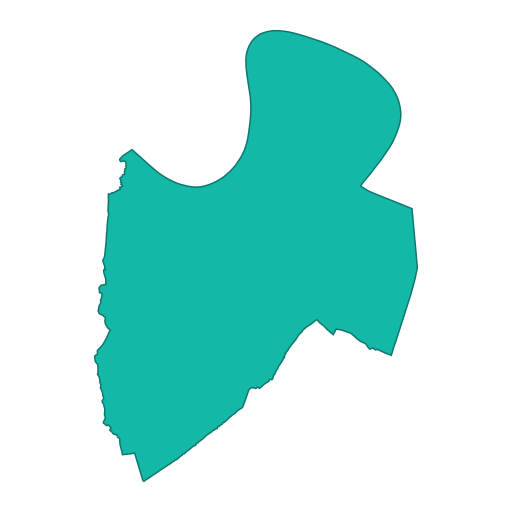 Phra Pradaeng, Samut Prakan, Thailand
{"feature_id": "78962969B48513607541542", "entity_name": "Phra Pradaeng", "entity_type": "district", "adm_level": 2, "iso_a3": "THA", "parent_name": "Thailand", "parent_adm1": "Samut Prakan", "projection": "mercator", "projection_center": [100.538, 13.653], "detail": "fine", "context": "isolated", "style": "filled", "palette": "teal", "viewbox_px": 512, "rotation_deg": 0, "n_neighbors": 0, "source": "geoboundaries", "source_scale": "gbopen_adm2", "svg_char_len": 6061}
<svg xmlns="http://www.w3.org/2000/svg" viewBox="0 0 512 512"><path d="M398.4,128.1L399.7,123.7L400.4,120.2L400.8,116.5L400.8,113.4L400.4,108.7L399.7,105.3L398.4,100.3L397.1,97.0L395.6,93.8L393.0,89.2L391.0,86.3L388.9,83.7L384.3,78.7L378.7,73.2L371.3,67.2L364.2,62.0L361.2,60.1L358.1,58.4L353.4,55.9L343.8,51.3L335.7,47.5L327.5,44.0L320.6,41.4L306.7,36.8L299.8,34.7L294.6,33.3L289.4,32.1L284.1,31.2L278.7,30.7L273.3,30.7L269.6,31.2L265.9,32.0L260.3,33.9L254.7,38.0L252.6,40.3L251.6,41.6L250.0,44.3L249.1,45.9L247.8,49.3L246.7,52.8L246.1,56.5L245.9,60.0L246.0,65.0L246.2,68.3L247.0,75.1L250.2,96.3L250.8,103.7L250.9,107.4L250.7,114.9L250.0,122.3L248.9,131.2L247.8,138.3L247.0,141.7L246.1,145.2L244.3,150.4L241.9,155.4L239.2,159.9L235.1,165.8L229.6,171.8L223.8,176.8L219.3,179.7L216.3,181.4L213.5,182.8L209.1,184.6L205.6,185.7L202.1,186.6L200.3,186.9L196.9,187.1L193.6,187.0L188.8,186.4L182.5,184.9L179.3,184.0L176.1,182.8L172.6,181.3L169.2,179.6L165.0,177.2L162.2,175.4L158.0,172.5L151.1,166.7L147.0,163.1L140.3,157.0L132.0,149.6L123.0,155.7L119.8,159.0L119.7,159.7L120.1,161.0L120.5,161.4L121.2,161.5L123.9,161.1L124.9,161.4L125.5,161.7L126.2,164.5L125.8,166.4L126.0,166.8L126.3,167.2L126.3,167.8L126.1,168.1L125.0,168.9L124.8,169.2L124.8,170.9L124.4,172.0L124.6,173.8L124.5,174.2L124.2,174.5L122.8,174.8L122.5,174.9L122.3,175.5L122.4,176.2L122.2,176.7L121.9,177.0L121.2,177.1L120.7,177.4L120.1,178.0L119.8,178.6L119.9,178.9L121.0,180.0L120.6,182.0L121.6,182.5L121.7,182.8L121.0,183.9L120.9,184.5L121.1,184.7L122.0,184.9L122.3,185.1L122.7,185.6L122.5,186.1L122.2,186.4L121.3,186.7L121.1,186.9L121.1,187.5L120.9,187.7L120.5,187.6L120.0,187.3L119.7,187.4L119.7,187.8L120.2,189.1L120.1,189.5L119.7,189.8L118.3,190.0L117.4,190.7L115.9,191.3L115.3,191.8L114.5,192.1L113.4,192.8L112.1,192.6L111.3,193.4L109.8,194.3L109.2,194.3L108.6,193.9L108.3,194.1L108.4,195.1L108.3,197.6L108.5,199.8L108.0,210.9L108.2,212.4L108.7,213.9L108.6,214.8L108.1,217.2L107.5,221.4L107.1,226.8L106.9,231.8L106.6,232.6L106.1,241.8L104.8,254.8L104.3,257.4L103.1,259.7L102.8,260.9L104.8,266.6L104.6,268.0L105.5,269.1L105.5,269.5L103.8,269.8L103.7,271.6L103.9,272.8L104.7,275.8L105.6,278.1L105.8,280.5L105.7,284.6L103.5,284.7L101.1,285.3L99.2,287.4L99.0,288.7L99.4,290.2L99.5,292.6L99.8,292.9L101.6,293.1L102.1,294.4L101.3,298.5L101.1,299.2L100.5,300.0L100.6,301.1L100.9,301.7L100.9,302.0L100.2,303.8L99.2,305.8L98.8,307.1L98.7,308.9L98.3,310.1L98.2,311.1L99.2,313.6L99.7,313.9L101.8,314.8L102.8,315.4L104.3,316.8L105.7,317.9L105.1,319.2L104.9,320.1L105.0,322.1L105.4,323.8L106.4,325.8L108.2,328.4L108.9,329.0L110.1,329.6L110.3,330.0L108.7,333.1L106.4,338.3L103.1,344.1L101.3,346.4L97.4,350.5L97.4,354.2L97.1,354.5L95.9,355.0L95.2,355.5L94.7,356.3L94.7,357.3L95.1,360.5L95.3,361.3L95.7,362.0L97.5,364.3L97.7,364.8L98.1,369.1L97.9,372.6L97.5,374.1L98.0,375.1L99.1,376.9L99.4,377.8L99.8,380.1L99.9,382.5L100.9,384.8L100.9,385.6L100.3,387.5L101.8,390.8L102.2,391.9L102.6,393.4L102.9,395.6L103.6,397.9L103.6,398.8L102.3,400.6L102.1,401.6L102.5,402.6L103.8,404.5L104.0,406.3L104.7,408.3L104.8,411.0L104.4,414.5L104.6,415.3L105.2,416.9L105.3,417.7L104.9,419.2L103.5,421.8L103.3,422.4L103.4,423.0L103.9,423.5L104.8,424.0L105.4,424.8L106.2,425.3L107.0,425.6L108.4,425.0L108.6,425.1L111.0,428.0L110.9,428.2L109.7,430.0L109.8,430.3L111.7,431.7L112.9,433.5L113.4,433.9L114.5,434.4L116.4,434.7L118.1,437.6L118.4,437.8L119.3,438.2L119.6,438.5L119.7,438.9L119.8,442.2L120.2,445.3L122.2,452.9L122.4,454.7L129.4,453.9L131.1,453.8L134.6,453.0L135.5,456.0L135.9,457.3L142.8,480.2L143.6,481.2L144.0,481.3L145.8,479.9L149.3,477.7L151.8,475.9L156.2,473.0L162.1,468.9L163.1,468.2L164.3,467.7L166.0,466.4L171.2,463.0L173.1,461.5L174.3,461.1L175.1,460.0L175.5,459.8L176.3,459.8L176.8,459.6L177.1,459.3L177.3,458.8L177.5,458.5L177.9,458.3L178.3,458.3L178.6,458.1L179.7,456.8L180.6,456.3L181.2,455.7L182.2,455.1L182.6,454.5L182.9,453.8L183.1,453.7L183.9,453.8L184.3,453.8L185.7,452.3L186.7,451.7L187.3,450.7L188.1,450.5L188.7,449.9L189.7,449.3L190.3,448.6L191.8,447.5L192.8,446.4L193.6,446.2L194.6,445.6L195.8,445.1L196.0,444.7L196.2,443.7L196.5,443.3L198.0,442.8L198.4,442.0L198.9,441.5L200.4,440.8L201.0,440.1L202.3,439.3L206.9,435.0L212.0,431.6L212.9,430.5L214.0,430.3L215.0,429.4L215.7,428.9L217.2,428.5L217.3,428.3L217.4,427.2L217.6,426.8L218.9,426.6L220.0,425.4L222.5,423.9L222.7,423.6L223.1,422.6L224.3,422.3L224.7,422.1L225.0,421.7L225.7,420.9L228.2,418.9L229.0,417.9L231.1,416.2L232.5,414.9L235.3,413.0L237.9,410.4L241.5,408.2L242.7,407.1L245.9,398.5L248.3,391.3L248.7,390.2L249.2,389.6L250.5,388.2L251.4,387.8L252.0,387.7L253.4,387.8L255.5,388.4L256.0,388.4L256.3,388.3L257.0,387.2L257.6,387.1L257.9,387.1L259.2,388.3L259.5,388.3L261.7,386.7L262.3,385.9L263.5,384.8L265.1,383.6L268.8,381.3L269.4,379.9L269.8,379.5L270.6,379.3L271.6,379.7L272.0,379.6L273.0,378.1L273.1,376.9L274.0,374.7L274.9,374.1L275.2,372.8L276.3,370.6L276.9,369.5L277.7,368.7L278.3,367.0L279.1,365.5L280.1,364.2L281.0,362.7L281.9,361.6L282.2,360.9L282.7,360.1L282.9,359.1L283.1,358.9L283.7,358.7L283.8,357.9L284.5,357.3L284.6,356.9L284.1,356.4L284.1,356.1L285.0,354.9L285.1,353.8L285.8,353.4L286.1,352.2L286.8,351.7L287.5,350.5L288.1,350.0L289.5,347.4L290.6,346.2L291.4,344.8L294.3,341.6L294.5,341.0L295.8,339.8L296.0,339.4L296.1,338.6L296.8,337.9L298.9,334.6L302.4,331.4L302.5,330.5L306.3,327.1L308.9,325.4L310.3,324.6L313.2,322.5L315.4,320.6L316.3,320.0L316.9,319.7L319.7,322.8L323.9,326.0L326.2,328.5L327.5,329.8L333.2,334.7L336.2,329.1L341.5,330.0L349.5,332.8L350.5,333.1L354.2,336.0L355.5,337.4L358.2,339.8L360.5,341.3L361.9,342.1L363.8,342.8L365.7,343.9L366.4,344.7L367.7,346.8L369.2,348.7L369.7,349.0L370.2,349.1L371.5,348.4L372.5,348.3L373.7,348.5L374.1,348.8L374.8,349.6L375.4,349.9L376.1,349.8L376.8,349.4L377.4,349.4L385.1,353.0L391.3,355.3L393.9,346.7L395.5,342.3L410.9,294.2L415.2,278.4L417.3,267.7L417.3,266.8L412.0,208.7L371.3,192.3L368.2,190.9L360.5,186.0L363.4,182.1L370.5,173.5L379.6,161.8L382.9,157.2L389.2,147.9L392.1,143.1L393.7,139.9L396.5,133.5L398.4,128.1Z" fill="#14b8a6" stroke="#0f766e" stroke-width="1.5"/></svg>